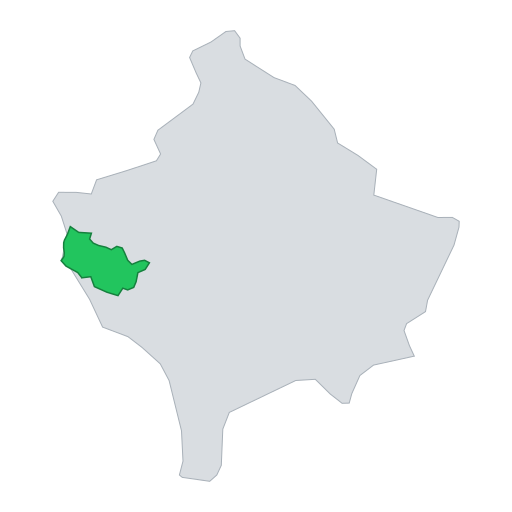 location of Dečani within Kosovo
{"feature_id": "KOS-5889", "entity_name": "Dečani", "entity_type": "District", "adm_level": 1, "iso_a3": "XKX", "parent_name": "Kosovo", "parent_adm1": "", "projection": "mercator", "projection_center": [20.231, 42.545], "detail": "fine", "context": "in_parent", "style": "filled", "palette": "green", "viewbox_px": 512, "rotation_deg": 0, "n_neighbors": 0, "source": "natural_earth", "source_scale": "10m", "svg_char_len": 1480}
<svg xmlns="http://www.w3.org/2000/svg" viewBox="0 0 512 512"><path d="M127.0,170.5L156.4,160.8L160.6,154.0L153.9,139.4L157.9,130.2L193.0,104.1L198.8,92.2L200.9,82.9L196.2,73.0L189.6,57.5L192.8,50.9L211.0,42.0L225.9,31.5L234.6,30.7L240.1,38.2L240.1,46.0L245.0,59.1L255.9,66.1L274.0,77.6L295.1,85.5L311.6,101.2L334.2,129.2L337.6,143.0L357.9,155.4L376.7,169.3L373.8,195.1L437.9,217.5L452.3,217.4L459.2,221.3L459.0,227.1L454.0,245.1L427.6,300.2L425.5,311.6L406.6,323.6L404.0,330.5L409.4,345.6L414.3,356.2L413.9,356.2L373.5,365.1L359.9,375.5L351.8,393.6L349.2,403.1L342.1,403.3L330.2,394.0L315.3,379.3L295.7,380.5L229.3,412.4L222.8,429.1L221.3,465.3L216.8,475.0L209.7,481.3L182.3,477.4L179.4,475.0L183.0,461.1L181.5,430.8L169.1,380.5L160.3,363.9L142.1,347.5L128.0,336.7L102.6,327.1L89.6,299.3L70.2,267.8L60.9,260.5L62.4,257.4L66.9,233.5L61.3,216.1L52.8,201.3L58.6,192.3L76.5,192.4L91.3,194.0L96.6,179.8L127.0,170.5Z" fill="#d9dde1" stroke="#a8b0b8" stroke-width="1"/><path d="M81.8,277.7L77.8,272.6L66.0,266.1L61.2,260.7L64.0,256.5L64.3,252.3L63.6,247.8L63.7,242.7L64.5,240.0L67.2,234.9L70.3,226.6L78.7,232.4L91.4,233.2L89.6,239.0L93.2,243.1L98.6,245.5L105.9,247.2L111.3,249.7L116.8,246.4L122.2,248.0L124.6,252.9L127.7,260.3L131.9,264.4L139.8,261.1L144.6,260.3L149.4,262.8L145.2,269.4L137.9,272.6L136.1,281.7L133.7,287.4L127.7,289.9L122.8,288.2L118.0,295.6L107.1,292.3L94.4,286.6L90.8,276.7L81.8,277.8L81.8,277.7L81.8,277.7Z" fill="#22c55e" stroke="#15803d" stroke-width="1.5"/></svg>